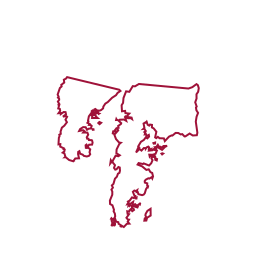 outline of Gao-Bugotu, Isabel, Solomon Islands, rotated 46°
{"feature_id": "97153195B92120906809587", "entity_name": "Gao-Bugotu", "entity_type": "district", "adm_level": 2, "iso_a3": "SLB", "parent_name": "Solomon Islands", "parent_adm1": "Isabel", "projection": "equal_earth", "projection_center": [159.757, -8.429], "detail": "fine", "context": "isolated", "style": "outline", "palette": "rose", "viewbox_px": 256, "rotation_deg": 46, "n_neighbors": 0, "source": "geoboundaries", "source_scale": "gbopen_adm2", "svg_char_len": 6042}
<svg xmlns="http://www.w3.org/2000/svg" viewBox="0 0 256 256"><g transform="rotate(46 128 128)"><path d="M100.3,103.9L103.3,110.4L106.5,114.1L107.2,116.8L111.8,120.7L113.7,118.2L115.5,119.5L118.5,117.1L118.7,120.7L119.6,120.8L123.0,118.2L124.3,118.9L122.8,119.2L121.0,121.2L119.4,121.7L119.8,123.4L121.6,124.3L119.1,125.0L116.2,128.3L116.1,129.7L119.8,129.5L120.2,130.3L119.7,133.7L121.3,134.6L120.5,136.1L122.9,136.7L123.2,140.7L120.4,138.1L120.7,140.3L120.1,141.0L121.3,142.7L122.5,142.1L127.6,144.3L132.3,144.5L133.6,143.5L133.5,145.5L135.5,151.1L138.1,153.9L141.9,152.9L141.6,154.6L139.3,156.1L141.0,161.8L142.0,162.9L145.7,163.2L147.0,165.8L149.1,166.1L149.7,164.9L149.4,162.0L150.7,161.4L153.1,163.4L154.3,165.3L153.9,167.0L155.3,169.8L155.4,172.6L158.1,177.3L158.1,179.5L160.4,180.3L160.8,182.7L162.9,183.5L165.1,185.7L167.6,191.4L170.2,193.7L172.8,192.9L177.1,194.9L177.9,196.2L180.4,196.9L182.6,198.5L183.1,199.7L187.1,201.6L189.0,200.4L190.4,201.3L196.3,199.8L196.1,195.4L197.7,193.5L195.2,193.3L194.6,191.0L193.8,191.7L191.5,191.5L190.7,187.1L189.4,187.9L187.4,186.4L189.0,185.2L188.3,184.1L188.3,182.5L190.8,182.7L191.1,180.6L189.9,180.1L188.3,180.8L187.6,179.8L186.4,179.7L186.7,178.7L184.7,175.7L184.2,179.1L184.9,181.0L184.1,180.9L184.1,181.6L182.8,180.1L182.3,181.2L181.6,179.0L180.9,179.0L181.4,177.3L180.7,173.3L182.4,172.5L182.8,171.4L181.9,170.0L181.4,170.5L177.3,168.8L177.4,166.9L178.9,166.1L179.1,164.6L180.2,166.3L180.9,165.5L182.8,166.5L186.1,164.5L186.8,163.0L186.6,161.3L184.5,157.5L184.0,155.4L184.5,155.1L183.8,153.9L182.7,154.1L181.2,152.6L179.0,153.8L177.8,152.9L177.5,151.2L178.3,148.3L179.2,147.8L179.8,145.2L181.2,145.6L180.2,143.6L177.1,141.8L175.4,142.5L172.1,141.8L170.9,143.9L165.4,144.5L161.0,146.5L160.6,144.7L164.3,142.3L164.4,141.3L169.6,138.9L169.5,135.8L168.2,132.7L166.2,132.3L165.6,131.0L163.5,131.4L163.6,132.2L162.0,131.2L164.4,128.8L165.7,126.1L164.3,122.9L163.3,123.5L162.6,122.3L162.5,123.2L161.5,123.3L161.1,124.0L161.6,124.6L160.7,125.2L160.9,126.0L159.1,128.3L158.8,126.6L158.2,127.8L158.4,128.3L158.5,128.8L156.7,126.3L155.5,126.3L154.9,128.0L155.2,129.6L154.7,129.2L153.4,130.6L153.6,134.0L151.1,134.3L151.2,139.2L149.3,134.5L149.6,133.5L148.3,133.4L146.9,128.3L147.6,124.9L147.1,121.8L148.9,121.3L148.8,118.8L147.4,117.8L146.6,120.3L144.7,119.3L144.2,120.3L143.3,118.9L142.3,119.0L142.5,117.3L139.9,116.8L139.3,117.6L139.3,116.1L135.6,113.7L136.4,110.2L139.3,111.6L141.0,111.1L140.8,109.8L142.4,108.6L144.2,110.4L146.1,109.8L150.4,110.2L153.6,115.0L154.9,114.7L155.1,112.7L157.3,112.4L160.4,109.4L163.0,110.6L162.7,104.5L163.6,101.8L164.3,101.3L164.6,97.2L166.5,95.3L169.2,94.6L170.1,93.2L173.3,93.2L173.9,92.5L174.8,87.5L178.4,86.6L181.0,83.5L179.6,81.4L170.5,74.8L167.5,70.8L165.8,67.1L162.8,66.5L160.5,64.9L160.3,63.7L156.2,61.8L154.4,58.2L151.3,55.3L150.7,52.4L148.5,49.4L145.7,48.0L144.0,48.3L143.3,53.4L141.6,57.1L103.9,89.6L102.9,94.0L101.2,95.5L102.9,101.9L100.3,103.9ZM94.4,107.7L49.1,136.5L49.4,138.3L48.7,140.6L51.0,142.3L50.6,146.0L52.0,146.9L51.9,149.2L55.1,155.4L57.2,156.1L57.5,157.3L58.8,157.0L59.9,157.9L60.3,160.1L63.3,160.8L65.5,164.6L66.9,163.8L68.6,164.9L69.1,167.7L70.5,166.0L71.3,166.7L71.8,163.2L73.2,161.9L75.1,163.1L74.6,166.9L76.5,164.2L77.6,164.0L78.6,167.2L81.4,167.9L82.1,172.2L81.8,175.3L83.8,179.1L85.5,180.4L85.1,182.1L86.2,182.7L87.0,184.5L91.5,189.4L92.6,187.9L94.3,189.7L98.0,188.3L98.3,189.0L99.5,188.5L100.5,189.9L100.4,192.1L102.1,191.4L105.2,193.0L105.2,193.7L105.7,193.1L110.1,192.6L113.9,190.5L113.3,187.1L115.8,184.3L112.0,182.0L110.6,180.4L110.9,179.1L113.3,180.3L115.7,179.1L117.4,179.1L119.9,177.4L120.9,175.4L120.6,173.4L118.7,172.5L117.1,170.0L113.8,170.4L113.9,171.4L113.0,172.1L111.0,170.5L111.1,169.4L112.5,169.7L113.3,169.0L113.0,167.5L115.0,165.4L114.0,163.7L112.2,162.6L111.6,162.5L109.5,164.5L108.2,163.9L107.3,164.8L106.0,164.1L105.2,161.3L103.1,160.4L100.2,163.3L100.1,161.5L98.4,161.8L96.2,165.2L95.5,163.2L96.2,159.7L98.0,157.9L100.8,158.7L101.2,156.8L102.5,155.1L101.3,152.7L99.9,152.8L98.7,153.9L98.4,152.8L96.1,153.6L95.7,151.8L94.9,151.6L92.4,148.0L91.6,143.3L90.6,142.3L90.8,141.1L91.6,140.7L93.4,142.9L93.3,141.9L96.8,139.1L95.5,138.5L92.0,140.0L91.3,139.3L91.6,138.3L93.9,138.0L95.8,136.4L96.4,134.9L96.6,132.3L95.5,130.9L94.7,127.4L95.3,124.5L95.2,118.4L96.1,113.8L95.5,111.2L96.1,107.7L94.4,107.7ZM207.3,179.1L205.8,176.6L206.7,172.5L201.8,167.9L201.1,171.6L202.0,174.8L202.8,176.1L204.8,176.9L204.7,178.8L206.0,180.6L207.3,179.1ZM168.0,112.3L165.7,114.9L165.2,117.7L163.7,117.9L163.3,118.9L160.8,118.2L161.3,120.7L160.4,122.1L161.5,122.3L162.3,120.0L167.4,118.7L167.3,114.4L168.0,112.3ZM99.7,142.9L97.3,143.1L96.2,142.3L95.3,143.2L94.7,142.2L93.4,143.0L94.0,145.5L94.7,145.4L95.8,146.9L99.7,142.9ZM188.4,205.4L185.2,202.6L184.3,200.8L183.2,201.4L183.3,204.2L185.1,205.0L186.4,206.1L187.1,206.9L188.4,205.4ZM191.7,176.4L191.1,175.0L190.2,174.7L189.6,175.7L187.7,175.8L187.2,177.9L187.8,178.5L191.7,176.4ZM105.5,145.8L105.6,143.7L103.8,144.4L103.8,145.9L105.5,145.8ZM171.3,129.9L170.5,128.7L168.8,129.7L169.9,130.5L171.3,129.9ZM167.5,128.4L166.2,128.0L165.5,129.5L166.5,129.8L167.5,128.4ZM141.2,165.3L140.9,163.0L139.2,162.7L141.2,165.3ZM158.0,119.3L157.3,118.6L156.5,120.2L157.1,120.4L158.0,119.3ZM184.6,170.9L183.9,170.1L183.5,171.4L184.3,171.3L184.6,170.9ZM170.8,120.5L170.0,120.9L169.7,121.7L170.7,121.8L170.8,120.5ZM191.3,172.7L190.8,171.8L190.6,171.8L190.5,172.9L191.3,172.7ZM118.9,122.8L118.4,121.9L117.9,121.9L118.0,122.6L118.9,122.8ZM105.3,154.0L104.9,153.7L104.2,154.3L104.8,154.6L105.3,154.0ZM187.1,208.0L187.0,207.2L185.8,206.0L187.1,208.0ZM194.3,201.3L194.8,200.3L192.8,202.0L194.3,201.3ZM114.8,130.1L113.9,130.3L113.5,130.2L114.0,131.0L114.8,130.1ZM188.5,206.3L188.6,204.6L188.4,204.4L188.5,206.3ZM136.8,111.3L137.2,110.8L136.6,110.5L136.8,111.3ZM182.3,202.6L181.4,202.6L181.6,203.3L181.8,203.2L182.3,202.6ZM97.5,139.2L97.6,138.7L97.0,139.0L97.5,139.2ZM63.5,162.1L63.3,161.6L63.2,161.5L63.0,161.8L63.5,162.1ZM114.3,189.8L114.2,189.1L114.3,189.8Z" fill="none" stroke="#9f1239" stroke-width="2"/></g></svg>